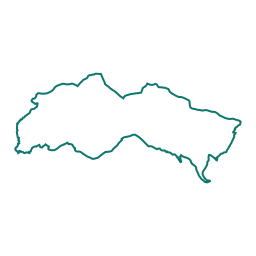 outline of Vadu Izei, Maramures, Romania
{"feature_id": "2599482B57723077466528", "entity_name": "Vadu Izei", "entity_type": "district", "adm_level": 2, "iso_a3": "ROU", "parent_name": "Romania", "parent_adm1": "Maramures", "projection": "equal_earth", "projection_center": [23.953, 47.876], "detail": "fine", "context": "isolated", "style": "outline", "palette": "teal", "viewbox_px": 256, "rotation_deg": 0, "n_neighbors": 0, "source": "geoboundaries", "source_scale": "gbopen_adm2", "svg_char_len": 5739}
<svg xmlns="http://www.w3.org/2000/svg" viewBox="0 0 256 256"><path d="M87.6,156.6L88.9,157.1L92.5,158.8L92.9,158.9L94.8,158.6L97.9,157.7L99.5,156.4L102.4,154.2L103.0,153.6L105.5,152.0L108.3,151.8L109.5,151.6L110.6,151.4L111.5,150.9L112.1,150.5L113.3,148.9L117.4,145.2L118.8,143.0L121.8,140.2L122.0,139.8L122.0,139.5L121.5,139.0L121.7,138.7L124.1,137.3L130.1,136.1L132.5,134.9L134.1,134.7L135.0,134.7L136.0,135.2L139.1,137.2L142.2,140.0L148.5,146.3L150.6,146.2L152.4,146.6L154.0,147.7L157.0,149.2L157.3,149.2L158.3,148.6L158.8,148.5L159.9,148.6L160.6,149.6L161.6,150.3L162.4,150.5L163.3,150.6L164.4,150.4L165.0,150.7L165.5,151.5L165.8,151.7L166.4,151.6L166.6,151.4L166.8,151.4L167.0,151.6L167.0,152.2L167.1,152.3L167.9,152.0L168.8,152.4L170.1,152.6L171.3,153.5L172.6,154.6L172.9,154.7L174.1,154.3L174.5,154.3L174.8,154.5L175.8,155.4L176.3,155.6L176.5,155.9L176.6,156.3L177.2,157.5L177.6,157.6L177.7,157.3L178.0,157.3L178.5,159.3L178.9,159.8L179.3,160.0L179.5,160.2L179.5,160.6L179.9,161.3L180.4,162.0L180.6,162.1L181.1,161.9L181.2,161.6L181.2,161.1L181.1,160.7L180.7,160.0L180.5,159.1L180.1,156.6L180.8,155.4L181.1,155.1L182.2,156.3L182.8,156.4L185.5,157.5L186.6,157.7L187.7,158.2L189.6,159.4L190.2,160.1L191.0,161.6L191.3,162.7L191.8,163.5L195.5,166.5L195.9,167.1L196.5,170.0L198.1,173.5L198.7,175.1L199.2,176.0L200.1,177.1L201.4,179.0L202.8,180.0L204.7,181.8L206.0,182.3L206.4,181.7L207.7,182.3L208.3,181.9L209.8,181.3L210.0,180.9L209.6,180.6L207.6,180.5L206.6,180.1L205.7,179.3L204.6,178.1L203.2,175.9L202.7,174.3L202.7,172.6L202.8,171.9L204.1,169.8L204.9,168.8L206.2,166.6L207.2,164.4L207.3,162.2L207.6,161.6L208.6,160.4L208.7,160.0L208.5,157.2L208.7,156.4L208.8,155.4L208.9,155.1L209.1,154.8L209.6,154.8L210.1,155.0L211.6,155.9L214.1,157.8L216.5,160.3L216.9,160.3L217.3,158.7L216.5,157.8L219.3,155.6L220.6,154.0L221.7,153.5L222.7,153.5L224.0,152.4L225.9,152.2L226.2,152.0L227.0,150.3L228.7,147.6L228.9,146.9L229.8,145.8L230.2,144.9L231.3,143.1L232.1,141.1L232.4,140.9L233.1,138.9L233.8,137.9L234.3,135.9L234.1,135.3L234.2,134.9L235.2,133.8L235.6,132.9L235.0,132.7L233.2,132.4L233.4,131.7L233.9,131.3L235.1,129.3L234.8,129.1L234.8,128.7L235.4,127.9L236.2,127.2L236.9,126.9L238.2,125.5L239.7,124.9L240.2,124.2L240.4,123.4L240.3,122.8L240.5,122.3L240.6,121.6L239.2,120.6L237.4,120.2L232.9,118.7L229.6,119.0L227.7,118.7L225.4,118.1L223.6,117.3L222.2,116.5L220.2,115.8L218.8,114.7L217.4,113.4L215.4,112.2L214.0,111.8L213.2,111.9L211.9,111.8L206.8,110.2L205.3,110.1L202.5,110.6L201.9,110.4L200.8,110.3L199.3,109.9L197.8,109.9L195.2,109.1L192.8,108.7L191.5,108.2L190.4,107.3L190.2,107.0L189.8,105.2L189.5,101.7L189.4,101.1L189.0,100.6L188.0,99.9L186.6,99.2L184.0,98.0L181.8,97.2L180.7,97.0L179.1,97.0L178.5,96.9L175.4,95.5L171.7,93.3L170.3,92.2L169.5,91.5L169.0,89.9L168.7,89.5L168.1,88.9L167.3,88.7L164.8,87.7L164.4,87.8L161.3,87.3L158.7,87.2L157.8,86.2L157.1,84.8L156.6,84.3L155.9,84.0L155.2,84.0L153.3,84.7L152.0,84.9L150.1,84.7L147.3,83.6L146.6,85.1L145.6,86.1L143.4,87.6L142.8,88.1L141.2,92.6L137.9,93.2L135.4,93.4L130.3,94.2L128.0,94.9L127.0,95.2L125.9,95.5L124.9,96.0L124.5,96.7L123.9,97.1L123.6,97.6L123.3,98.3L120.2,96.2L116.2,92.5L114.1,90.8L112.7,90.1L110.6,88.6L108.4,86.6L105.2,84.3L104.6,82.4L101.7,76.0L101.3,74.6L100.8,73.9L99.3,74.0L96.4,73.7L95.9,73.7L94.7,74.1L94.1,74.6L92.6,74.5L91.5,75.1L88.8,75.4L88.3,75.7L87.4,77.6L87.1,78.0L86.0,78.6L84.3,79.4L83.2,80.0L79.2,84.1L78.4,85.2L77.5,86.1L76.9,85.6L75.6,84.9L72.6,83.7L71.9,83.6L69.6,84.2L68.6,84.3L66.2,84.3L64.2,83.9L63.1,83.8L62.2,83.9L58.8,85.1L56.7,86.0L55.7,86.7L54.9,87.3L54.0,88.6L53.5,89.4L52.4,90.5L50.3,91.9L49.5,92.3L48.7,92.5L47.3,93.2L45.5,93.5L43.1,93.8L41.4,93.6L38.5,93.2L38.1,93.2L36.2,95.0L36.1,96.5L35.8,97.1L34.7,98.4L34.3,98.6L32.9,98.7L32.5,99.0L32.1,99.6L31.6,100.5L31.7,101.2L31.9,101.6L32.5,102.1L33.9,102.8L34.8,103.8L35.3,103.9L35.8,103.8L37.0,103.2L37.3,103.2L37.5,103.4L37.6,103.7L37.2,105.4L37.1,106.4L37.0,106.7L35.1,108.0L34.5,108.7L33.0,109.0L31.4,109.4L30.2,111.2L29.8,112.7L29.3,113.2L28.8,113.7L27.5,114.3L26.8,115.2L25.3,115.9L25.1,116.1L24.4,117.2L24.0,117.5L23.2,117.5L22.5,118.3L22.3,119.2L21.9,119.4L21.1,119.4L20.6,119.5L20.5,119.8L20.5,120.4L20.5,120.5L19.5,120.9L18.8,122.2L18.2,122.6L18.1,123.1L18.0,123.3L17.4,123.3L17.3,123.5L17.6,123.9L17.5,124.1L17.1,124.2L17.2,125.1L17.0,127.0L17.1,127.5L16.9,128.7L16.9,129.1L17.6,130.4L17.0,131.1L16.8,131.7L17.0,132.7L17.0,133.3L17.4,135.3L17.7,137.3L17.8,137.6L18.2,137.9L18.9,137.8L19.0,137.9L18.7,139.2L18.8,139.6L18.4,140.0L18.7,140.2L18.9,140.3L19.0,141.3L19.2,141.5L18.7,142.0L18.6,142.4L18.8,143.0L19.1,143.4L17.9,143.9L17.9,144.1L18.1,144.4L18.1,144.7L17.9,145.0L17.5,146.0L16.9,146.7L16.7,147.1L16.5,147.4L16.1,147.4L15.7,147.7L15.5,148.4L15.4,149.1L15.4,149.6L15.6,149.9L15.8,150.4L16.4,150.7L17.9,152.0L17.9,152.7L18.1,153.1L18.7,152.6L19.4,152.4L19.4,150.9L20.5,151.1L21.6,151.9L22.7,152.0L23.2,152.2L23.6,152.8L24.5,153.1L25.1,153.0L25.5,152.8L25.6,152.6L26.8,152.4L27.6,152.5L28.0,152.7L29.0,152.9L29.4,153.1L29.5,153.0L29.2,152.3L29.2,151.8L30.2,151.7L30.8,151.4L31.0,150.2L32.3,147.7L34.5,146.6L34.9,146.4L36.3,146.6L36.7,146.2L39.3,144.9L39.9,146.0L40.2,147.0L41.3,147.4L41.7,147.4L42.1,147.5L43.3,146.1L44.8,145.2L45.5,144.4L48.1,146.2L48.9,146.6L48.3,148.3L48.4,149.2L48.6,149.5L48.8,149.6L49.7,149.6L50.6,150.1L51.5,150.2L53.9,150.2L54.5,150.1L57.2,148.6L59.5,146.7L61.7,145.3L64.0,144.6L64.1,144.2L64.8,144.0L67.5,142.7L68.3,143.8L68.6,144.1L69.1,144.1L69.7,143.9L70.0,144.1L71.0,144.2L72.3,144.7L72.5,145.0L72.7,145.8L73.5,146.5L74.0,147.6L74.8,148.0L75.0,148.2L75.0,149.9L75.4,150.6L76.0,151.2L76.4,151.4L78.4,151.6L79.7,151.6L80.8,152.1L81.7,152.7L83.7,154.2L84.5,154.6L86.7,156.2L86.9,156.2L87.6,156.6Z" fill="none" stroke="#0f766e" stroke-width="2"/></svg>